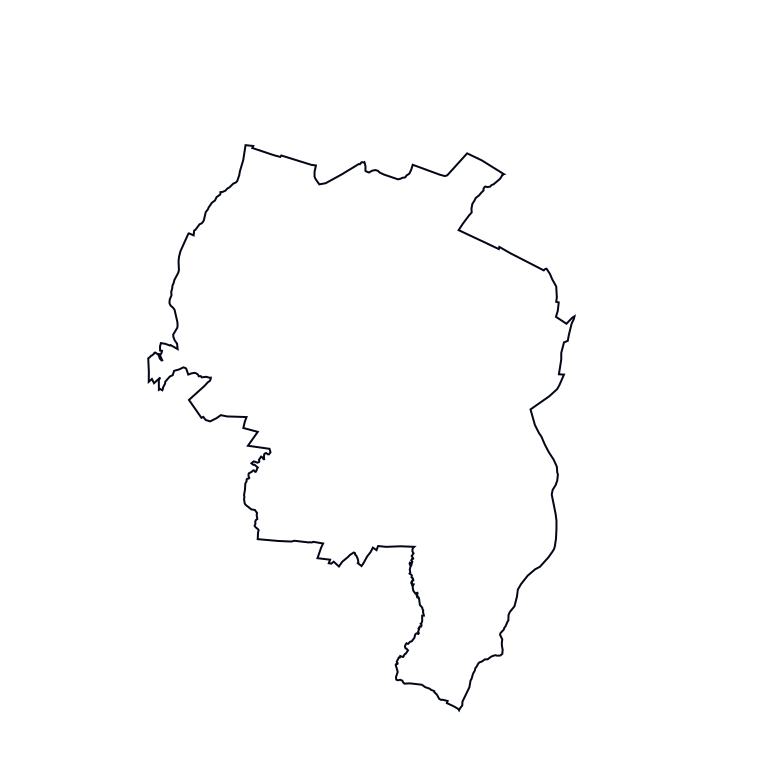 the district of Tibanesti, Iasi, Romania, rotated 213°
{"feature_id": "2599482B76304798258418", "entity_name": "Tibanesti", "entity_type": "district", "adm_level": 2, "iso_a3": "ROU", "parent_name": "Romania", "parent_adm1": "Iasi", "projection": "mercator", "projection_center": [27.32, 46.923], "detail": "fine", "context": "isolated", "style": "outline", "palette": "ink", "viewbox_px": 768, "rotation_deg": 213, "n_neighbors": 0, "source": "geoboundaries", "source_scale": "gbopen_adm2", "svg_char_len": 6166}
<svg xmlns="http://www.w3.org/2000/svg" viewBox="0 0 768 768"><g transform="rotate(213 384 384)"><path d="M439.9,622.7L444.5,594.1L444.9,593.0L446.3,591.5L451.3,589.9L479.3,583.5L477.9,578.6L477.3,574.2L478.7,571.1L478.7,568.9L480.8,567.0L481.9,565.2L483.7,563.3L498.2,559.6L503.1,559.0L505.1,559.5L507.6,558.8L510.0,556.6L511.8,553.2L514.6,552.6L515.6,552.6L518.2,556.6L520.7,559.0L521.3,559.4L521.7,558.6L523.0,558.2L523.6,557.7L523.9,555.2L525.0,554.7L533.6,536.8L542.3,520.6L547.0,516.2L553.2,518.7L555.2,520.1L557.8,524.1L560.1,530.2L564.4,528.2L594.6,519.7L594.7,517.9L601.0,515.9L623.0,510.2L623.3,512.4L630.2,508.9L624.0,495.1L620.7,483.9L619.1,480.2L617.6,474.1L618.1,472.1L619.5,470.1L620.7,464.8L621.9,462.4L622.2,460.0L623.9,457.3L625.7,455.8L624.8,454.6L624.6,453.6L626.2,449.6L625.7,445.9L627.1,442.1L627.2,436.6L626.8,434.6L627.1,431.0L624.4,423.6L624.1,421.6L624.4,419.5L625.7,417.4L626.1,410.8L626.8,409.3L624.6,405.0L629.7,404.1L629.9,403.2L627.0,384.4L625.2,379.1L623.3,375.3L617.9,367.6L617.1,364.9L616.5,357.3L615.4,354.0L615.0,351.4L613.6,348.6L612.6,345.3L610.5,342.6L609.8,338.5L609.0,336.7L607.8,334.8L605.6,333.5L602.6,333.1L600.1,332.2L591.1,323.5L589.0,320.7L588.0,318.6L587.7,310.6L586.3,308.8L583.3,306.6L579.5,305.1L576.1,300.9L584.2,300.4L584.4,299.7L589.2,298.6L593.4,296.8L592.3,293.5L590.0,290.1L588.3,290.9L587.5,288.9L587.5,287.1L588.5,286.7L582.9,283.1L583.3,282.6L585.7,283.2L589.2,285.7L593.0,285.8L593.6,285.1L593.3,284.3L594.1,281.7L594.7,280.8L595.0,278.9L595.7,277.1L587.8,266.1L582.5,257.7L581.4,261.8L577.3,259.4L575.2,267.6L574.9,264.5L569.6,256.5L568.9,257.9L566.5,258.0L566.7,259.4L567.4,260.6L567.8,265.1L568.7,266.8L567.7,273.6L566.0,276.3L567.2,280.7L563.7,284.7L561.3,288.7L559.0,289.3L557.9,288.9L553.3,285.3L551.1,288.2L548.9,290.2L547.8,290.6L545.2,290.6L543.6,289.6L542.0,290.8L540.5,290.3L536.9,293.3L533.8,294.2L532.7,295.0L532.0,293.6L531.8,291.6L532.7,289.4L533.5,284.6L538.9,264.4L518.7,256.2L517.7,258.0L513.9,256.7L509.4,258.0L505.7,264.4L503.9,269.0L498.0,271.3L481.3,281.4L480.1,276.2L478.0,270.5L463.8,275.1L464.5,258.1L444.7,267.3L442.0,264.9L442.2,262.3L443.0,261.8L445.3,261.9L445.8,261.3L446.2,259.8L444.9,257.3L443.6,255.7L444.0,255.4L446.2,256.2L447.5,256.2L447.6,252.4L446.4,251.2L446.3,250.5L447.3,249.1L451.1,248.2L452.0,245.3L449.6,245.0L448.7,245.8L444.3,245.2L444.4,243.8L443.8,242.1L443.8,240.4L444.5,240.2L445.8,240.7L446.6,240.4L447.2,238.1L448.6,235.7L448.6,234.8L447.4,232.9L445.9,231.9L446.0,231.0L447.2,229.9L447.2,229.1L446.3,227.6L446.1,225.0L443.0,219.6L440.9,214.6L439.7,213.4L438.5,211.0L435.8,208.0L434.4,207.3L427.0,206.6L423.7,208.0L420.2,206.7L419.4,204.7L416.7,201.8L417.3,200.4L417.1,198.5L415.7,196.8L415.4,194.7L414.0,194.0L410.1,193.5L409.4,193.0L408.9,191.1L405.4,185.1L387.3,194.7L375.9,201.4L373.8,203.7L360.5,210.3L360.1,210.9L358.2,211.8L357.4,213.1L348.2,217.1L347.6,212.5L344.9,201.7L333.5,207.3L332.7,203.6L330.4,204.6L329.4,207.6L322.4,206.4L322.2,212.2L319.8,219.9L319.6,221.7L317.6,226.2L316.1,226.3L315.3,225.2L313.6,224.9L310.6,222.9L308.3,220.4L308.4,219.5L303.7,219.1L303.6,222.5L304.2,230.0L303.7,235.9L304.2,240.7L299.8,240.6L300.7,244.9L293.5,248.6L281.9,256.8L270.0,263.9L270.4,262.3L270.0,260.7L268.9,259.0L267.0,258.1L267.1,254.8L264.5,253.6L264.4,253.2L265.2,252.5L264.9,251.5L265.1,251.0L263.4,250.3L263.0,248.8L265.0,248.2L264.6,247.2L263.6,246.4L262.9,246.5L262.6,247.3L262.2,246.6L262.4,245.5L261.4,242.5L259.3,240.2L259.3,238.9L257.0,238.9L256.3,238.5L255.6,236.8L254.0,236.8L252.5,235.3L253.3,234.5L252.7,233.5L253.1,233.0L252.9,232.2L252.2,232.5L251.4,232.0L251.7,231.4L251.3,230.9L250.0,231.9L249.7,229.7L247.0,226.7L243.8,225.4L242.3,227.1L241.9,226.8L242.4,225.4L241.9,224.9L241.4,225.4L240.8,224.9L240.9,224.1L240.3,223.6L239.5,223.8L239.5,223.2L238.1,223.5L233.5,218.2L230.2,217.3L228.9,216.0L227.7,215.4L227.1,214.0L224.4,211.5L225.8,210.5L222.7,205.7L222.3,203.6L222.6,202.9L221.5,202.5L220.9,201.7L220.8,200.8L221.9,200.3L221.9,197.6L221.6,197.5L221.3,198.2L220.4,194.8L219.1,194.0L219.1,193.1L220.8,192.7L221.2,191.9L221.4,190.9L220.3,187.8L220.6,183.3L221.7,182.1L222.3,179.1L223.9,178.8L224.0,177.1L223.4,175.1L221.9,174.0L221.0,174.3L218.8,173.7L218.9,169.7L219.4,168.9L219.5,167.5L219.2,166.0L219.4,165.4L222.2,164.7L221.8,163.7L221.8,163.1L222.6,162.8L222.1,158.1L221.3,157.4L220.5,157.3L220.3,156.5L221.3,155.6L221.2,154.8L215.7,150.0L214.4,144.9L213.0,143.0L212.3,142.7L210.7,143.3L209.4,144.7L207.0,145.2L205.5,144.2L203.7,143.8L199.3,147.0L188.5,152.4L184.3,152.2L179.6,153.4L178.2,153.1L174.5,153.8L173.9,152.9L170.7,152.4L166.2,150.0L164.0,150.2L163.0,151.1L158.0,152.8L157.5,150.6L149.8,151.7L144.8,151.9L143.3,151.2L143.6,153.3L143.3,157.1L145.2,160.3L147.2,176.1L149.9,182.4L150.0,184.5L151.5,189.3L151.8,193.1L152.6,195.6L152.4,197.4L152.7,201.2L152.3,202.6L150.9,204.3L149.4,208.0L147.1,209.6L145.7,213.6L144.4,215.5L142.9,217.2L141.1,217.8L138.6,219.6L137.8,222.1L139.7,225.7L142.4,228.5L144.0,230.7L145.8,234.3L150.0,236.8L150.4,237.7L150.6,238.7L149.8,243.1L150.3,245.5L150.1,246.9L151.0,252.0L150.9,253.4L153.8,258.2L154.3,261.4L153.5,268.6L156.7,278.1L159.8,284.5L160.1,290.9L159.1,301.6L156.3,311.0L153.7,315.6L151.7,328.1L151.4,335.4L151.5,338.2L152.3,340.9L155.5,347.9L160.2,356.0L164.9,363.3L169.4,368.6L183.1,382.6L184.9,387.1L185.0,392.8L186.1,397.3L188.9,402.9L190.5,404.1L194.0,408.8L200.6,413.0L208.5,416.5L216.3,420.9L223.3,425.6L227.2,427.2L235.1,431.8L247.3,442.5L238.7,463.8L236.0,474.0L236.3,478.6L238.2,489.9L242.6,487.4L248.6,500.9L252.3,506.7L255.7,516.9L253.4,520.3L255.8,526.1L259.5,536.8L260.2,542.0L261.1,544.5L262.2,542.2L263.8,533.9L276.4,534.0L278.1,540.0L281.9,547.6L284.3,546.7L286.3,550.9L292.7,559.6L299.9,563.4L304.8,566.7L310.4,569.2L310.8,569.1L311.7,567.6L311.9,566.3L349.1,562.5L361.9,561.8L361.2,559.7L405.2,553.7L405.2,560.8L404.5,571.7L403.9,575.6L406.2,578.8L408.0,583.2L408.0,587.2L408.4,589.8L407.0,594.1L406.6,597.5L405.9,600.5L406.9,601.9L406.9,604.1L406.4,604.9L404.6,605.4L402.5,607.3L402.1,609.5L400.9,611.1L398.5,619.0L398.4,621.9L398.7,623.5L398.2,623.9L398.2,624.9L397.8,625.3L424.0,624.8L439.9,622.7Z" fill="none" stroke="#020617" stroke-width="2"/></g></svg>